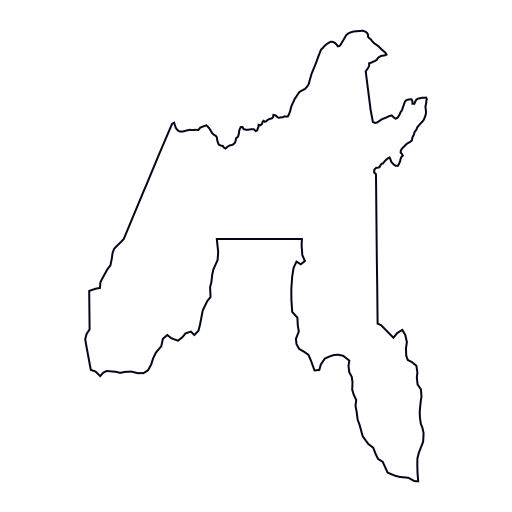 the district of Boa Vista do Ramos, Amazonas, Brazil
{"feature_id": "56859067B11380578254177", "entity_name": "Boa Vista do Ramos", "entity_type": "district", "adm_level": 2, "iso_a3": "BRA", "parent_name": "Brazil", "parent_adm1": "Amazonas", "projection": "equal_earth", "projection_center": [-57.61, -3.16], "detail": "fine", "context": "isolated", "style": "outline", "palette": "ink", "viewbox_px": 512, "rotation_deg": 0, "n_neighbors": 0, "source": "geoboundaries", "source_scale": "gbopen_adm2", "svg_char_len": 4578}
<svg xmlns="http://www.w3.org/2000/svg" viewBox="0 0 512 512"><path d="M359.8,31.0L356.9,31.2L353.6,31.5L350.0,32.6L347.7,33.8L346.0,35.4L344.6,38.0L343.2,40.3L341.6,43.0L340.7,44.6L339.4,46.1L337.8,46.3L336.6,44.5L334.9,42.9L332.6,41.8L330.6,41.8L328.4,43.0L326.5,44.2L324.6,45.9L323.1,47.6L320.9,49.9L319.7,53.0L318.0,57.4L316.2,62.5L311.6,73.7L309.2,82.1L308.7,84.1L307.7,85.8L306.3,87.5L305.2,88.8L299.6,91.8L298.5,93.2L297.2,95.2L295.7,97.5L294.7,98.9L294.0,100.6L293.0,102.7L291.9,105.0L291.1,107.1L290.2,110.9L288.9,114.5L287.9,116.4L286.2,116.6L284.3,116.4L282.7,117.3L280.8,117.3L279.3,117.8L277.5,117.2L275.6,115.4L273.4,114.9L273.1,117.0L271.9,118.4L269.6,118.9L267.6,120.0L266.1,121.3L264.8,121.8L263.6,120.8L262.5,122.0L262.0,123.9L260.4,125.3L258.6,124.8L258.5,126.7L257.8,128.3L257.3,130.2L255.8,131.1L253.9,129.3L251.5,129.2L249.1,129.6L246.5,129.9L245.1,129.4L243.6,129.2L242.5,127.0L240.7,127.1L239.6,129.4L239.1,131.4L238.8,134.0L238.0,136.7L236.0,138.3L235.7,140.6L234.8,142.9L233.1,144.5L231.8,145.0L229.6,145.5L227.7,146.6L225.5,148.5L223.7,147.5L222.8,145.9L220.8,145.6L218.8,144.6L218.1,143.1L217.3,140.6L216.8,137.1L215.8,135.9L214.0,134.8L212.1,133.1L210.5,130.2L209.0,128.0L207.8,126.7L206.3,125.3L204.2,126.1L202.0,126.9L200.3,127.6L198.4,130.0L196.0,129.8L193.6,130.0L191.8,130.1L189.9,129.8L188.0,130.2L186.5,130.5L184.2,131.2L182.8,131.5L180.9,131.6L179.2,131.3L177.4,130.0L176.0,128.2L175.1,125.9L174.1,122.7L172.1,123.8L159.2,154.0L156.6,160.2L146.5,184.6L143.6,191.3L123.7,239.1L120.1,242.8L117.0,245.8L114.1,248.8L112.6,252.9L111.8,258.6L110.4,265.4L107.5,269.1L102.5,278.1L100.4,282.3L99.9,288.0L96.0,288.6L89.2,290.9L89.4,310.3L89.6,329.5L86.6,333.9L85.2,339.3L86.0,344.0L86.9,348.9L90.8,369.9L95.5,371.5L100.2,376.1L103.1,372.8L106.5,371.0L116.1,371.8L120.1,372.9L124.9,371.9L131.5,371.6L137.9,373.2L141.0,373.1L143.6,373.1L148.1,370.2L151.2,364.5L153.1,358.4L155.9,352.6L161.3,346.2L162.9,338.8L167.3,335.0L171.1,338.1L175.0,339.6L178.0,340.7L182.4,337.2L185.5,333.4L190.9,331.6L194.3,335.0L198.4,330.8L199.9,325.2L202.8,310.2L207.3,301.0L210.5,297.1L210.1,287.1L211.4,282.0L212.2,274.8L213.3,269.6L217.6,260.0L218.2,252.1L216.8,239.0L249.5,239.0L251.3,239.0L284.2,239.0L301.9,239.0L301.6,245.1L302.3,255.0L304.9,261.1L300.7,264.3L296.5,261.6L293.6,267.8L292.2,276.5L291.3,289.1L291.4,299.8L292.2,311.9L296.0,316.1L297.4,317.6L297.8,325.6L298.8,331.5L295.9,338.9L296.5,344.1L299.1,348.9L304.3,351.9L308.5,354.9L310.9,360.5L314.5,370.4L319.3,370.0L320.8,364.5L324.8,358.6L329.2,356.6L333.6,355.1L338.1,354.7L343.2,355.8L349.3,360.6L348.5,365.8L349.3,372.2L351.8,377.0L352.5,382.3L352.2,389.7L353.7,394.6L356.2,400.0L355.5,406.0L356.6,411.6L357.7,420.0L359.4,424.3L362.7,436.3L368.3,444.0L373.2,447.7L375.8,454.4L378.1,459.0L382.7,461.8L387.6,472.6L394.9,475.7L399.7,476.9L408.4,477.8L414.4,481.1L418.2,481.3L417.5,472.5L417.3,465.1L417.4,458.5L418.9,452.5L423.1,441.9L423.6,433.3L422.5,428.1L420.8,423.7L419.9,417.3L419.7,411.6L420.8,400.6L421.5,396.7L420.9,389.4L417.6,384.5L416.8,377.6L417.4,372.6L416.4,365.8L411.9,362.1L407.8,360.0L406.2,355.6L406.0,347.9L406.9,342.3L405.3,335.0L402.3,329.9L397.4,332.9L393.4,337.7L381.1,325.2L377.6,323.6L377.2,285.4L376.8,257.2L376.0,175.8L375.8,173.9L374.1,172.4L374.4,169.5L376.1,167.9L378.0,167.6L379.4,167.3L380.4,165.3L381.6,163.8L383.0,163.4L384.3,161.7L386.4,159.5L388.0,158.3L389.6,157.5L390.6,159.7L391.5,162.2L394.0,164.7L396.0,165.9L398.0,165.7L399.2,163.5L400.2,160.8L400.6,158.9L401.3,157.1L402.8,155.7L401.8,153.9L400.6,152.4L400.9,150.4L402.3,148.2L404.7,145.9L406.3,144.2L407.9,143.1L410.0,142.0L411.9,140.4L412.4,137.5L413.8,134.8L414.7,131.7L416.3,129.9L417.2,127.5L419.2,125.0L421.0,123.0L422.6,121.3L423.7,119.9L424.6,117.8L425.7,114.7L426.0,112.2L425.8,109.7L425.4,106.7L426.1,103.5L426.3,101.1L426.8,99.2L426.1,97.6L424.1,97.8L422.3,97.7L420.1,98.2L417.9,98.7L416.4,99.6L415.1,101.9L414.3,103.8L412.4,103.7L412.4,101.2L411.5,99.3L410.0,99.3L408.3,99.6L406.5,100.0L404.9,101.7L402.8,107.7L402.0,110.2L400.5,112.3L399.1,115.5L397.6,117.7L395.6,118.7L393.7,117.4L391.7,115.4L388.7,116.3L387.4,117.0L386.0,117.6L384.1,118.4L382.6,118.9L380.9,119.9L378.9,121.3L376.9,122.6L374.9,122.9L372.9,122.0L370.6,109.8L365.7,71.3L367.2,69.3L368.5,67.3L369.2,65.6L369.1,63.3L371.4,62.6L372.9,61.8L374.9,61.0L376.8,59.8L377.8,58.1L379.5,56.8L381.2,55.9L383.2,55.6L385.0,55.3L386.5,54.6L385.2,52.5L382.0,49.8L378.4,46.2L374.0,43.1L372.9,42.0L371.8,40.7L370.6,39.1L369.1,38.1L368.0,36.7L368.1,34.7L366.9,32.8L365.5,31.7L362.6,30.7L359.8,31.0Z" fill="none" stroke="#020617" stroke-width="2"/></svg>